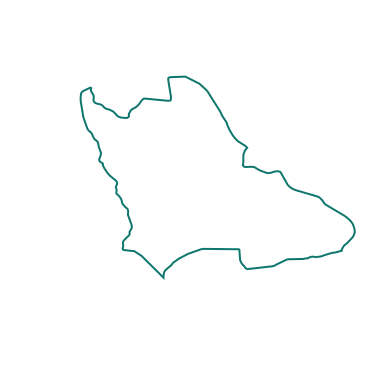 Tandjilé, Albers equal-area conic projection, rotated 224°
{"feature_id": "TCD-1487", "entity_name": "Tandjilé", "entity_type": "Prefecture", "adm_level": 1, "iso_a3": "TCD", "parent_name": "Chad", "parent_adm1": "", "projection": "albers", "projection_center": [16.631, 9.621], "detail": "fine", "context": "isolated", "style": "outline", "palette": "teal", "viewbox_px": 384, "rotation_deg": 224, "n_neighbors": 0, "source": "natural_earth", "source_scale": "10m", "svg_char_len": 3216}
<svg xmlns="http://www.w3.org/2000/svg" viewBox="0 0 384 384"><g transform="rotate(224 192 192)"><path d="M183.1,262.2L182.9,261.0L182.8,258.8L181.0,254.6L175.2,248.4L174.1,246.6L172.2,246.4L170.9,247.1L166.9,251.3L165.7,252.3L164.8,253.0L163.3,253.5L160.2,254.1L157.0,255.2L151.8,257.5L150.7,258.1L149.8,259.1L148.5,260.8L146.6,264.4L144.8,266.4L143.7,267.2L142.7,267.7L141.9,267.7L128.0,263.6L126.8,263.5L125.2,263.6L122.3,264.0L119.0,265.2L98.2,276.1L96.6,276.6L93.1,276.6L87.8,275.6L65.4,280.9L61.8,281.3L58.1,281.3L56.2,281.1L54.6,280.8L53.3,280.3L50.5,278.9L49.3,278.2L47.0,276.2L45.4,272.9L45.0,270.4L44.9,263.0L45.3,259.8L45.3,258.6L44.5,255.4L44.3,254.7L44.0,254.1L43.5,253.9L43.4,253.7L44.4,252.3L46.8,248.2L47.8,246.9L48.8,245.8L52.4,239.4L52.7,238.9L54.3,235.5L55.5,233.8L56.6,232.7L57.7,231.2L58.2,230.7L59.7,229.9L60.6,229.0L61.8,227.2L62.8,224.7L65.9,220.7L76.1,210.4L76.6,209.7L76.9,209.2L81.0,198.1L81.4,196.3L82.6,194.4L98.6,175.0L100.5,174.4L101.9,174.8L106.6,175.1L110.0,176.4L116.9,182.5L117.8,183.4L118.6,183.3L144.5,158.8L145.6,157.3L151.9,144.7L155.1,135.0L156.4,128.2L156.1,124.9L156.8,117.1L156.5,115.6L156.2,114.9L154.3,111.9L153.0,110.6L183.9,111.0L192.3,109.4L200.9,102.8L201.7,102.7L202.4,102.9L202.8,103.5L203.2,104.0L203.5,104.7L203.9,105.3L204.4,105.8L206.0,107.1L206.5,107.6L206.9,108.2L207.2,108.8L207.3,109.6L207.4,113.3L207.2,116.9L207.3,117.8L207.6,118.4L209.1,119.8L209.4,120.5L210.1,123.6L210.4,124.3L210.8,124.8L211.3,125.3L212.4,126.2L221.8,130.9L222.6,131.5L223.2,132.2L223.7,132.9L224.4,133.7L225.7,134.6L226.8,135.0L227.7,135.0L229.8,134.8L233.5,135.2L234.7,135.7L237.2,137.3L238.4,137.8L241.1,138.4L245.3,138.4L245.7,138.7L246.1,139.1L246.8,140.2L247.9,141.2L249.7,142.3L250.3,142.7L251.3,145.4L252.3,146.6L253.3,147.1L254.3,147.3L261.3,146.8L262.1,146.7L266.1,147.0L271.2,148.1L273.7,148.9L275.2,149.6L275.5,150.3L276.1,150.5L276.7,150.5L278.4,150.0L279.5,149.9L280.3,150.1L280.9,150.5L281.4,151.0L283.2,155.0L283.6,155.6L283.9,156.2L285.0,157.1L290.0,159.5L292.6,161.2L293.9,162.2L295.0,162.5L295.9,162.6L298.0,162.3L299.8,162.5L301.8,163.2L303.8,164.1L305.1,164.5L306.1,164.6L308.2,164.4L309.7,164.5L310.7,164.7L311.5,165.0L321.9,170.2L335.3,180.1L338.2,183.1L340.3,186.0L340.6,187.4L340.4,189.2L337.7,196.2L337.2,196.8L336.8,196.7L335.6,195.2L335.0,194.7L334.4,194.4L332.9,193.9L331.8,193.7L330.5,193.3L329.2,192.6L328.6,192.1L328.2,191.6L327.4,190.5L327.0,189.9L326.5,189.5L325.8,189.1L325.1,188.9L324.2,188.8L323.4,188.9L322.0,189.4L318.5,191.5L318.1,191.6L317.5,191.8L316.0,192.0L313.4,191.8L312.6,192.0L311.7,192.2L310.8,192.6L308.8,193.8L305.1,195.0L304.3,195.2L297.8,194.9L296.5,195.4L294.9,196.2L292.0,198.4L290.8,199.6L290.0,200.6L289.8,201.4L289.8,202.2L290.1,202.9L291.2,203.8L291.7,204.3L291.9,205.0L292.2,206.6L292.5,207.2L292.7,208.2L292.6,209.9L291.4,213.5L291.1,216.1L291.1,218.5L291.7,222.4L291.8,224.2L291.6,225.5L290.5,226.7L272.3,241.2L271.1,242.9L271.8,244.4L273.3,245.9L286.4,255.7L287.8,256.9L288.2,258.0L287.5,259.4L276.9,270.4L262.1,275.0L254.5,275.3L250.9,275.2L227.3,269.4L223.0,267.7L215.6,266.1L213.7,265.0L208.0,262.7L201.8,261.0L198.3,260.5L194.4,260.4L185.6,262.2L183.1,262.2Z" fill="none" stroke="#0f766e" stroke-width="2"/></g></svg>